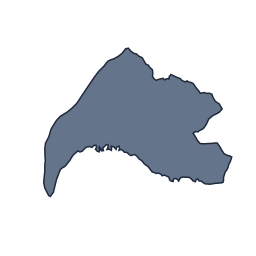 outline of Mundo Novo, Mato Grosso do Sul, Brazil, rotated 165°
{"feature_id": "56859067B58386518571504", "entity_name": "Mundo Novo", "entity_type": "district", "adm_level": 2, "iso_a3": "BRA", "parent_name": "Brazil", "parent_adm1": "Mato Grosso do Sul", "projection": "mercator", "projection_center": [-54.282, -23.941], "detail": "fine", "context": "isolated", "style": "filled", "palette": "slate", "viewbox_px": 256, "rotation_deg": 165, "n_neighbors": 0, "source": "geoboundaries", "source_scale": "gbopen_adm2", "svg_char_len": 2739}
<svg xmlns="http://www.w3.org/2000/svg" viewBox="0 0 256 256"><g transform="rotate(165 128 128)"><path d="M220.7,82.0L216.6,85.4L210.5,96.6L204.1,105.4L201.8,106.5L199.6,107.0L198.0,107.7L196.5,108.9L194.6,110.3L192.9,111.5L190.3,113.9L188.7,115.5L187.2,116.5L184.4,117.8L182.5,118.9L180.7,117.3L178.3,117.4L176.1,118.8L173.7,120.1L172.1,120.2L170.0,120.1L167.8,118.6L165.2,120.1L163.4,119.5L163.4,117.5L164.9,116.0L163.7,113.5L162.0,112.4L160.9,113.8L161.2,115.5L160.6,117.1L159.7,115.1L159.3,112.7L157.6,112.5L157.4,115.3L155.1,116.4L153.1,117.7L151.5,116.6L152.6,114.1L153.9,112.7L151.8,112.5L149.8,110.7L149.2,112.4L148.8,114.7L146.5,113.4L145.1,110.4L143.8,112.6L141.4,112.7L141.4,110.7L142.5,108.8L140.4,109.1L138.9,107.7L137.7,105.5L135.6,104.8L134.5,103.4L133.6,101.8L132.1,100.5L129.9,100.8L128.1,100.4L126.9,98.7L126.1,97.2L125.2,95.0L123.3,93.1L122.5,91.4L121.7,89.4L120.4,87.6L118.5,85.4L117.7,83.3L116.6,80.8L115.9,79.1L114.4,78.5L112.7,76.8L111.1,76.8L109.6,76.0L108.2,74.9L107.4,73.1L104.7,72.9L103.1,71.5L101.3,70.1L101.2,67.1L100.1,65.5L98.2,64.7L97.5,66.7L95.4,67.1L93.6,65.7L92.8,63.7L90.8,65.8L89.0,66.5L87.4,66.3L85.5,65.7L81.9,64.6L80.2,62.8L78.9,60.1L76.9,58.7L75.5,60.5L73.9,60.8L73.1,58.5L70.8,57.5L69.4,55.6L67.8,54.0L66.1,53.5L63.9,52.6L62.1,52.4L60.3,52.1L57.5,52.0L55.9,51.5L54.1,51.3L52.0,50.8L50.2,51.0L49.3,52.6L48.5,55.6L47.0,58.0L45.7,60.1L43.7,61.7L41.8,63.8L40.8,65.5L39.7,67.3L38.4,68.4L36.9,70.6L35.3,73.1L37.0,74.8L38.8,75.6L41.8,78.2L43.1,82.1L43.7,84.5L44.2,86.4L45.7,90.4L47.7,91.0L49.7,91.2L56.3,92.6L58.4,93.0L62.5,94.4L64.2,98.3L65.2,102.2L66.5,106.1L63.8,107.1L61.3,106.2L59.5,107.1L57.4,107.4L55.2,108.1L52.1,110.6L50.7,112.1L49.1,114.0L47.9,115.6L46.0,116.5L43.3,117.9L40.4,118.5L38.1,119.0L35.8,119.6L32.1,122.0L33.7,127.8L35.4,129.6L36.8,131.2L38.0,135.6L38.2,138.8L40.2,140.5L43.2,141.1L45.2,142.5L47.4,142.7L49.1,142.8L50.0,145.2L50.7,146.9L51.6,148.6L52.7,151.7L53.3,153.5L54.7,155.3L57.0,156.4L58.9,158.3L60.3,157.5L63.3,159.6L65.0,162.5L67.3,163.9L69.4,165.8L70.9,167.0L72.6,168.6L75.0,166.8L75.7,164.8L78.1,165.6L80.3,165.0L81.2,166.9L86.0,167.1L88.5,166.8L90.1,168.8L91.0,171.1L89.6,175.7L89.4,178.1L91.6,181.3L92.0,183.4L93.9,184.7L94.8,187.1L96.0,192.1L99.2,194.9L100.6,197.3L102.7,198.4L105.2,201.2L107.0,205.0L109.7,205.2L114.3,201.7L118.7,199.8L123.8,198.5L126.6,198.4L129.6,197.9L131.8,196.7L134.7,194.3L141.8,190.2L147.4,185.8L154.9,179.3L165.3,170.2L168.2,167.6L171.0,165.1L174.2,163.3L176.9,161.7L182.4,159.2L190.2,156.9L194.4,154.3L196.0,153.1L201.2,148.2L202.8,146.5L206.7,140.1L211.6,134.7L213.6,129.9L215.7,121.3L216.3,117.8L217.1,116.2L218.3,112.4L219.5,107.9L223.6,97.1L223.9,91.4L222.1,83.3L220.7,82.0Z" fill="#64748b" stroke="#1e293b" stroke-width="1.5"/></g></svg>